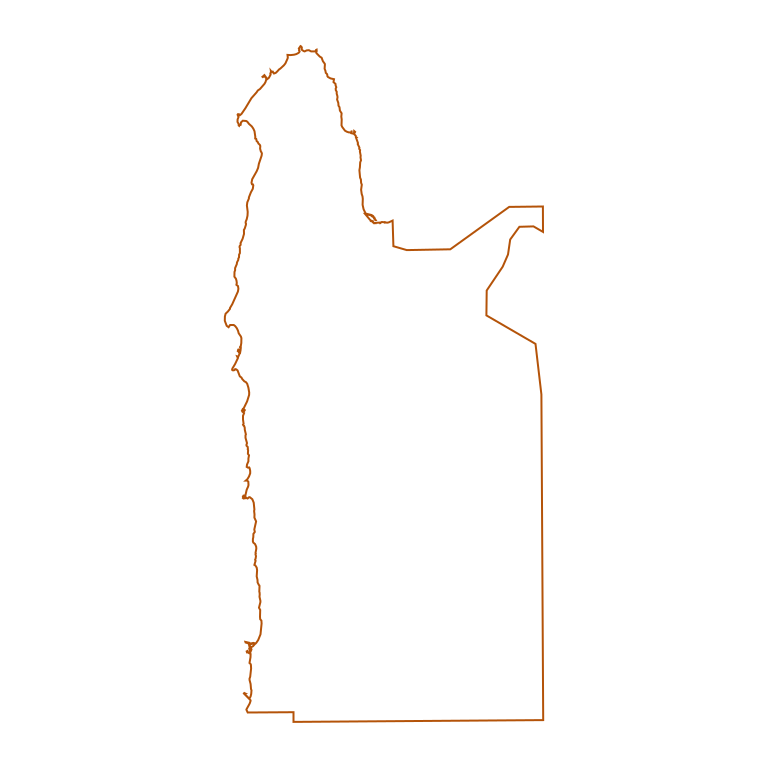 86, Ar Rayyān, Qatar (Equal Earth projection)
{"feature_id": "91078587B46444112589307", "entity_name": "86", "entity_type": "district", "adm_level": 2, "iso_a3": "QAT", "parent_name": "Qatar", "parent_adm1": "Ar Rayyān", "projection": "equal_earth", "projection_center": [50.779, 25.397], "detail": "fine", "context": "isolated", "style": "outline", "palette": "amber", "viewbox_px": 768, "rotation_deg": 0, "n_neighbors": 0, "source": "geoboundaries", "source_scale": "gbopen_adm2", "svg_char_len": 6033}
<svg xmlns="http://www.w3.org/2000/svg" viewBox="0 0 768 768"><path d="M542.9,206.5L509.2,206.9L450.3,249.3L406.8,250.1L393.4,246.2L392.6,220.6L388.7,222.4L387.1,222.7L385.5,222.4L384.9,222.7L384.4,222.4L384.4,222.1L383.5,222.2L381.9,222.0L380.6,222.5L380.4,223.1L380.1,223.2L379.8,222.6L376.1,222.8L375.8,223.2L374.9,222.8L374.1,223.3L372.8,222.2L372.9,221.5L371.8,221.3L372.2,221.0L370.8,220.5L370.0,219.8L365.3,214.2L370.7,215.2L372.4,216.6L373.3,216.8L374.0,218.2L374.4,218.1L374.4,218.6L374.7,218.6L375.3,220.0L375.6,220.0L373.2,216.1L371.5,215.0L365.7,213.6L363.6,209.3L362.6,204.8L362.8,198.9L362.5,196.4L361.7,194.0L361.1,189.7L361.8,184.7L361.1,182.8L360.9,179.5L360.1,177.7L359.4,170.2L359.9,167.3L360.2,162.3L361.0,160.3L360.5,157.3L360.7,155.7L359.9,151.6L360.1,150.1L359.2,148.8L359.4,147.6L357.7,144.0L358.0,143.1L356.0,137.6L356.4,137.4L355.9,137.1L355.7,135.7L354.0,134.0L355.1,131.9L354.2,131.1L354.0,133.3L353.5,133.7L351.3,133.2L351.8,130.5L351.3,132.4L348.9,132.4L347.0,131.8L345.0,130.7L342.3,127.1L341.5,125.4L341.7,119.3L341.3,116.7L341.6,113.3L339.9,110.6L339.5,107.2L338.5,105.7L338.3,102.9L337.1,99.5L337.5,97.4L337.4,96.1L336.7,93.8L336.7,91.7L335.8,90.2L335.7,88.5L336.3,87.2L335.6,85.4L335.5,83.9L333.5,82.1L334.0,79.2L330.5,78.4L328.0,77.0L327.4,76.2L327.3,74.9L326.9,73.9L325.8,72.9L325.4,70.7L324.6,68.7L324.9,64.6L324.8,63.8L322.9,61.2L321.6,57.7L319.8,56.6L316.4,53.1L316.2,52.4L316.7,51.1L316.6,49.7L316.0,50.0L315.6,51.1L314.8,51.4L311.1,51.4L308.9,50.2L306.6,50.4L304.7,51.4L303.7,51.1L301.7,49.7L301.8,47.4L301.2,46.5L300.5,46.1L298.9,48.4L299.3,48.8L299.0,50.2L299.6,51.5L299.1,52.4L298.2,53.1L296.3,54.1L294.1,54.7L290.5,55.1L287.5,54.9L287.8,57.5L287.6,58.5L285.4,63.4L283.9,65.3L280.2,68.7L279.2,69.3L277.2,71.5L275.7,72.9L274.0,73.5L272.3,70.9L272.5,72.2L272.0,72.3L270.9,70.9L271.0,71.6L270.3,73.8L270.6,74.6L268.9,77.8L267.3,79.1L264.4,75.1L262.5,76.8L263.4,77.6L263.1,76.8L264.2,75.8L266.2,78.2L266.3,79.2L265.6,81.8L264.5,83.8L260.0,89.0L257.8,90.5L256.6,92.3L251.4,98.2L245.4,108.2L241.5,113.9L239.8,115.3L238.5,115.4L238.1,114.9L238.4,114.2L237.9,114.2L237.6,114.7L238.5,117.1L237.6,119.4L237.5,121.9L238.6,123.9L238.7,125.5L239.1,125.8L239.2,125.4L240.6,124.9L241.0,122.4L242.8,120.7L246.2,121.0L247.3,121.7L249.0,123.9L251.8,126.4L253.3,128.6L254.5,131.2L255.3,136.8L255.2,138.5L256.2,138.9L256.7,141.2L257.7,141.9L258.4,143.5L259.8,144.8L260.3,146.0L260.1,148.7L260.9,151.6L261.5,152.3L261.9,153.5L261.6,155.7L258.9,163.7L258.1,167.9L256.7,171.2L252.2,179.2L251.5,182.8L252.0,184.3L252.9,184.4L253.3,185.3L252.8,188.8L250.9,192.3L248.9,197.4L248.9,198.5L247.3,202.3L246.9,205.5L247.7,211.9L247.5,215.7L246.7,219.3L245.8,221.4L245.6,222.9L246.0,223.7L245.9,224.8L244.7,228.6L243.9,229.9L244.0,233.9L242.6,238.8L240.5,243.2L240.7,244.0L240.5,245.1L239.8,245.8L239.5,247.0L239.9,248.2L239.9,253.1L239.1,254.6L239.0,257.4L238.3,258.6L238.3,259.8L237.0,262.4L236.8,264.1L235.1,268.1L235.1,270.3L234.5,271.9L234.4,276.7L235.9,278.7L236.5,280.7L236.8,283.0L236.4,284.8L238.0,286.1L238.4,288.8L237.9,291.6L232.2,304.3L230.0,308.0L230.0,308.8L227.9,311.5L225.6,313.7L224.9,316.5L224.8,320.8L226.7,325.8L228.6,327.2L230.1,325.0L233.7,325.0L235.2,326.1L236.8,328.2L238.0,330.7L238.7,333.3L240.9,336.5L241.4,338.1L241.3,343.0L240.8,346.0L240.5,347.0L239.2,346.8L240.8,347.4L240.7,349.1L240.4,349.9L239.0,349.4L238.2,349.6L237.8,351.1L238.3,351.4L238.4,350.0L238.9,349.8L238.9,350.3L239.4,349.9L240.5,350.5L240.1,352.7L238.4,352.1L239.6,353.0L239.6,353.7L238.2,356.8L237.1,356.4L237.3,356.9L238.0,357.2L238.0,357.9L235.1,364.0L232.4,368.5L232.1,369.8L233.0,370.4L234.5,370.1L235.2,369.1L236.3,369.4L237.6,370.5L239.8,376.3L241.5,377.6L242.2,379.0L244.3,381.3L246.0,382.2L247.2,383.8L248.4,387.7L249.2,392.5L249.1,395.0L247.1,401.4L243.6,408.5L242.9,408.8L242.1,410.4L242.4,410.5L243.4,408.9L244.8,410.1L243.5,412.2L243.1,411.7L242.7,411.9L244.1,413.1L243.0,415.8L243.0,419.5L243.6,423.8L243.0,424.7L243.7,425.8L244.1,425.9L244.7,427.6L244.8,429.8L245.9,434.4L245.5,435.3L245.5,437.8L247.0,443.1L246.4,445.0L246.6,445.8L247.7,446.9L247.9,448.5L247.7,449.2L248.1,450.1L247.9,453.8L249.0,455.3L248.4,458.6L248.4,461.3L247.0,464.6L246.7,466.9L248.1,467.7L249.1,467.4L249.6,468.1L250.2,470.9L250.2,473.3L249.0,476.5L247.3,479.3L245.8,480.6L247.3,480.6L248.3,481.7L248.5,485.0L248.1,486.6L246.7,489.7L245.4,495.4L243.5,495.6L242.9,496.6L243.2,497.1L243.8,496.0L245.4,496.0L245.7,497.7L243.6,498.2L243.1,497.6L242.9,498.0L243.5,498.5L246.5,498.0L247.6,498.5L249.1,497.2L249.8,497.2L252.3,499.2L253.7,502.6L254.4,509.5L254.1,511.0L254.5,514.3L254.4,517.6L256.1,521.4L254.3,529.5L254.8,531.9L253.4,533.9L253.3,537.2L252.9,538.9L252.9,541.6L253.4,542.7L255.0,544.0L255.7,545.5L256.2,546.8L256.3,548.8L255.5,553.0L255.8,553.5L255.5,554.5L256.0,556.1L255.6,558.6L255.1,559.8L255.6,560.8L254.4,564.9L255.3,565.4L256.7,567.6L257.1,570.2L256.7,576.4L257.5,579.9L257.6,582.5L258.8,584.9L259.4,585.5L259.5,586.1L259.3,591.8L259.6,592.6L259.7,594.6L259.5,596.8L260.4,600.8L260.4,602.1L259.0,607.7L260.2,610.0L260.0,616.9L260.2,619.2L261.4,620.6L261.6,623.5L260.5,634.3L258.2,640.0L256.3,642.8L255.6,643.5L253.3,642.9L250.7,643.5L250.6,643.8L250.9,644.1L253.6,643.5L254.4,644.6L253.0,646.2L250.9,647.4L249.8,645.8L249.4,642.8L245.4,641.9L245.6,642.5L248.7,643.5L249.6,647.2L249.5,648.4L249.8,648.8L250.2,647.6L250.5,647.7L251.0,648.1L251.5,649.4L250.6,651.6L249.7,648.9L249.3,649.0L250.3,651.9L249.4,652.8L247.8,651.9L247.4,651.0L246.7,651.4L247.0,652.4L247.6,652.3L250.6,654.0L250.5,657.2L249.5,663.0L250.5,663.9L250.9,664.8L251.1,668.5L250.2,676.7L249.5,678.8L249.6,680.2L250.6,684.0L251.0,689.0L251.5,690.3L251.2,694.0L250.6,696.4L249.8,697.9L249.0,698.4L244.7,694.0L244.6,693.5L245.1,693.4L244.3,693.0L243.9,693.5L250.5,700.2L250.6,700.8L249.7,703.5L246.5,709.3L246.4,709.7L247.7,712.5L293.5,712.2L293.5,721.9L543.2,720.1L541.4,394.5L535.5,343.9L486.4,315.4L486.7,290.5L502.7,266.7L508.0,254.5L510.2,239.5L519.4,226.8L533.5,226.4L543.0,231.9L542.9,206.5Z" fill="none" stroke="#b45309" stroke-width="2"/></svg>